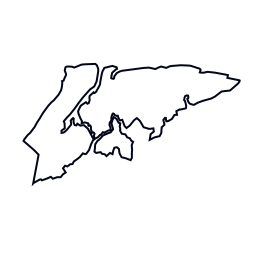 Sitka, Alaska, United States of America (Natural Earth projection), rotated 282°
{"feature_id": "52423323B81884314913913", "entity_name": "Sitka", "entity_type": "district", "adm_level": 2, "iso_a3": "USA", "parent_name": "United States of America", "parent_adm1": "Alaska", "projection": "natural_earth1", "projection_center": [-135.379, 57.084], "detail": "fine", "context": "isolated", "style": "outline", "palette": "ink", "viewbox_px": 256, "rotation_deg": 282, "n_neighbors": 0, "source": "geoboundaries", "source_scale": "gbopen_adm2", "svg_char_len": 3863}
<svg xmlns="http://www.w3.org/2000/svg" viewBox="0 0 256 256"><g transform="rotate(282 128 128)"><path d="M200.5,214.8L200.5,211.2L200.2,201.4L199.5,194.2L198.6,192.0L198.3,191.7L197.9,190.8L197.4,188.5L197.3,186.7L199.9,186.9L200.4,186.7L201.0,185.3L201.9,176.2L201.5,173.1L200.3,166.3L197.8,158.0L196.9,155.8L194.8,153.0L195.0,147.6L193.0,144.5L191.3,142.4L191.4,140.3L191.4,135.8L189.9,130.5L182.6,109.9L181.5,108.1L179.4,105.6L175.8,103.9L173.7,104.0L173.2,103.7L173.0,103.3L173.1,101.7L173.3,101.2L175.8,101.0L178.9,101.1L183.1,104.3L183.6,105.0L185.0,104.3L185.5,99.8L181.9,92.4L178.2,91.3L175.4,91.1L167.0,91.3L165.9,91.5L163.8,91.4L156.9,89.3L155.8,88.6L155.1,87.6L155.7,86.9L151.6,83.9L150.1,83.8L148.5,84.4L146.9,84.7L144.2,84.4L143.3,83.2L144.4,81.7L144.5,81.5L142.1,79.1L140.0,77.2L139.3,76.9L134.0,75.7L131.9,76.5L127.9,79.2L125.0,81.6L123.1,81.7L124.5,84.7L124.3,88.1L123.8,88.5L122.5,88.5L122.3,88.6L122.0,88.9L121.9,89.1L122.0,89.3L122.3,89.4L122.5,89.5L122.6,90.6L121.2,91.6L120.0,91.7L118.4,92.4L116.6,93.5L115.9,93.6L115.9,94.1L116.5,94.8L116.4,95.3L116.2,95.7L115.4,96.5L113.8,96.3L111.4,97.0L110.8,97.5L110.7,98.1L111.6,98.9L112.5,100.3L115.5,102.1L115.6,102.7L116.1,103.1L118.6,104.2L118.7,105.0L118.4,105.3L118.6,105.9L121.4,109.2L122.0,110.4L122.0,110.6L122.7,111.5L126.2,110.0L126.9,109.3L129.0,109.0L129.7,109.1L131.5,109.9L133.1,110.0L134.3,109.6L135.1,109.5L138.4,109.9L139.1,110.4L138.8,111.5L137.9,112.1L137.5,114.5L137.9,115.4L135.6,116.8L133.7,118.6L134.8,120.7L129.1,124.3L127.7,126.6L130.7,129.2L137.0,132.4L139.5,134.6L137.5,138.1L132.0,143.1L131.5,148.9L132.9,152.9L129.9,154.0L126.6,151.4L120.9,151.7L124.2,155.7L126.6,160.6L129.9,161.6L135.7,160.8L138.8,163.0L143.2,160.9L145.6,162.0L145.6,163.0L144.3,163.3L142.5,164.1L142.6,164.7L143.6,166.5L146.2,169.2L150.4,170.7L151.1,173.2L154.5,171.8L156.9,174.6L156.8,175.0L159.0,180.0L159.4,180.5L160.7,180.5L161.7,180.3L163.8,179.4L166.3,178.1L166.9,177.1L169.5,177.0L171.1,177.3L172.0,178.6L172.2,180.0L170.6,180.7L169.6,180.6L169.0,180.0L167.1,180.9L165.6,182.1L164.6,183.5L164.3,186.6L164.5,188.0L164.8,188.2L167.4,191.2L170.2,195.7L174.1,203.2L176.6,206.3L183.1,211.9L184.3,215.2L185.9,220.0L194.5,226.5L197.2,227.5L197.7,227.4L197.8,227.1L197.7,214.8L200.5,214.8ZM54.1,46.8L54.7,47.2L59.3,52.5L59.7,53.4L58.9,54.7L61.7,59.2L64.2,62.7L62.8,65.0L65.2,69.1L65.9,72.4L69.2,74.0L71.5,76.3L75.1,72.8L78.0,74.3L77.8,76.7L80.5,79.0L81.2,81.2L84.0,82.0L87.9,85.6L89.9,87.1L93.8,89.1L93.5,91.5L94.2,92.6L98.3,94.5L104.6,95.3L108.6,96.3L109.4,97.0L113.1,93.9L119.0,88.9L121.6,84.2L120.4,80.8L121.7,77.6L119.8,77.0L119.8,75.2L121.3,74.1L122.3,73.6L124.9,73.0L125.6,73.1L126.3,72.3L125.0,71.2L123.3,70.4L121.2,71.3L119.4,71.6L113.7,68.7L110.6,66.5L110.0,65.6L109.4,64.0L111.7,63.5L114.5,66.2L119.4,65.0L121.2,63.8L126.0,66.4L129.3,68.5L136.2,71.9L141.8,74.3L148.8,77.7L157.9,82.9L161.1,85.9L161.5,86.3L162.1,86.5L167.1,87.6L177.4,87.1L179.8,86.5L182.9,84.5L183.9,82.7L181.2,72.0L180.3,69.3L176.0,63.0L176.3,60.4L175.7,56.5L175.0,54.7L174.2,54.2L171.0,54.2L168.1,56.1L167.1,56.4L163.8,55.6L160.9,55.1L160.1,53.7L158.9,54.3L154.3,54.8L150.9,54.7L146.0,53.1L139.7,49.7L137.3,47.8L133.4,45.5L124.8,41.6L118.2,39.4L114.8,38.0L109.2,36.3L102.7,33.2L100.5,31.5L95.5,29.0L93.6,28.5L87.0,40.5L83.3,46.1L54.1,46.8ZM97.5,110.7L96.0,112.8L99.9,115.6L99.2,118.3L102.6,118.3L105.8,118.7L106.9,121.0L105.7,123.4L101.4,125.0L98.1,127.8L97.9,132.3L97.1,137.3L99.7,138.0L104.2,137.0L107.3,136.6L112.0,135.2L115.6,135.8L116.2,134.0L118.3,131.9L118.7,129.1L121.2,126.8L121.1,123.1L123.7,120.8L125.6,120.6L127.8,119.6L130.9,119.5L131.2,117.7L134.6,114.8L135.7,111.8L132.7,111.2L129.0,110.9L126.0,112.5L123.7,113.7L120.1,111.9L119.2,110.3L115.5,105.1L110.5,102.2L109.2,100.9L105.2,99.3L101.8,99.8L97.9,100.1L97.0,102.0L98.7,106.3L97.4,107.8L97.5,110.7Z" fill="none" stroke="#020617" stroke-width="2"/></g></svg>